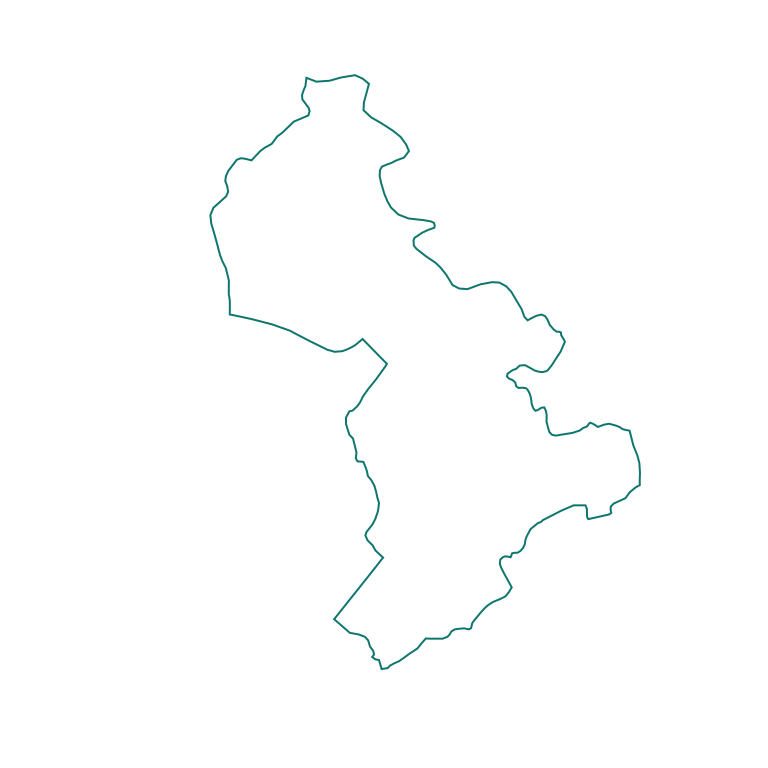 the district of Al-Kadhmiyah, Sala ad-Din, Iraq, rotated 311°
{"feature_id": "34846034B5863384083959", "entity_name": "Al-Kadhmiyah", "entity_type": "district", "adm_level": 2, "iso_a3": "IRQ", "parent_name": "Iraq", "parent_adm1": "Sala ad-Din", "projection": "natural_earth1", "projection_center": [44.187, 33.463], "detail": "fine", "context": "isolated", "style": "outline", "palette": "teal", "viewbox_px": 768, "rotation_deg": 311, "n_neighbors": 0, "source": "geoboundaries", "source_scale": "gbopen_adm2", "svg_char_len": 4438}
<svg xmlns="http://www.w3.org/2000/svg" viewBox="0 0 768 768"><g transform="rotate(311 384 384)"><path d="M576.2,250.0L579.3,243.5L581.4,234.5L581.0,224.4L578.9,209.9L576.8,199.5L577.2,188.9L578.6,187.8L583.4,184.1L591.8,180.0L592.5,179.7L600.7,175.7L600.6,173.7L600.5,167.9L599.3,163.6L598.0,159.5L593.8,156.0L586.9,150.3L582.6,147.5L577.2,144.0L571.6,138.4L567.8,134.6L564.2,124.6L557.4,129.2L553.3,130.5L548.4,132.5L545.2,135.7L543.0,145.9L541.1,148.9L537.0,150.7L522.9,143.8L519.5,143.5L511.5,142.8L507.3,142.4L503.7,141.7L500.7,141.0L497.4,141.3L491.5,141.7L484.2,139.0L478.9,137.8L474.0,137.6L465.9,137.3L462.7,131.1L460.5,127.9L456.7,125.8L453.5,126.0L448.7,126.3L442.6,126.7L437.2,128.3L433.0,131.1L430.4,135.9L426.8,140.3L422.0,141.7L417.5,141.2L410.3,140.3L405.2,139.6L397.5,142.2L392.0,148.1L386.5,156.7L380.8,165.3L373.7,175.7L370.7,181.3L367.8,188.4L363.8,194.2L361.8,197.0L360.3,199.1L356.9,201.9L350.0,207.9L346.0,212.7L341.5,216.7L335.4,221.9L335.3,222.0L339.0,228.5L346.5,242.2L355.6,260.5L356.7,263.2L356.7,263.3L362.6,278.2L363.6,282.9L365.2,289.5L367.3,298.3L370.5,310.5L372.7,318.9L374.2,321.9L375.9,325.6L381.3,330.9L385.2,333.1L390.6,335.5L395.1,336.9L403.9,338.3L401.1,373.0L398.1,373.5L384.8,374.7L381.5,375.0L369.8,375.4L360.5,376.3L356.9,377.4L353.5,378.1L349.3,378.4L345.9,378.0L343.3,377.7L340.5,375.8L333.6,377.4L328.9,381.6L326.0,386.2L323.0,391.1L322.5,396.4L317.2,404.0L315.3,406.6L314.2,408.2L309.5,411.4L308.2,414.7L311.7,419.5L310.7,421.5L308.4,426.0L306.8,428.5L304.0,432.2L303.1,437.6L301.2,442.7L301.0,443.3L297.4,448.9L293.7,453.8L291.0,458.2L286.4,461.4L283.3,463.2L279.6,464.7L276.3,466.0L270.7,467.4L260.7,467.9L257.5,469.3L255.3,473.9L255.0,477.0L254.9,479.4L254.7,481.5L252.8,486.6L252.6,490.0L252.4,497.2L242.3,497.7L233.5,498.1L206.6,499.3L195.9,499.7L173.8,500.7L173.8,521.5L178.5,529.4L180.7,535.6L180.1,540.3L176.6,545.8L175.6,550.7L173.4,553.9L170.2,554.2L170.5,558.1L172.4,561.3L167.3,569.2L171.9,573.1L175.4,573.3L179.7,574.9L184.7,577.2L190.9,578.8L196.6,580.0L200.7,581.2L206.2,582.7L212.8,582.5L219.4,582.5L221.4,585.1L228.2,593.0L230.2,595.3L234.8,597.7L237.6,597.9L240.8,597.3L241.9,597.3L245.4,598.5L249.1,601.8L252.2,604.8L254.4,608.9L256.7,609.9L259.2,608.7L261.3,607.5L265.4,607.1L269.1,607.1L276.2,606.9L281.3,607.1L285.7,607.7L291.1,609.3L298.1,612.8L303.4,615.0L308.7,614.8L314.3,613.8L316.1,609.1L319.4,600.0L322.3,592.8L324.3,589.4L327.9,586.9L331.7,587.5L333.5,588.6L335.0,590.8L336.3,593.2L337.5,592.8L340.3,591.8L342.0,593.0L344.3,595.5L347.6,596.5L351.6,596.5L355.6,595.3L359.2,593.0L362.8,591.6L370.8,589.8L379.9,591.4L382.9,593.0L385.5,593.2L391.7,595.7L404.9,601.0L416.8,606.7L420.5,610.9L424.6,615.6L423.0,618.9L417.0,624.4L416.0,626.8L433.4,639.6L435.7,640.1L437.7,637.6L440.2,635.6L444.5,635.8L452.4,639.4L456.1,641.1L463.7,640.5L470.9,641.7L475.5,643.4L478.6,640.6L482.1,637.7L483.4,636.7L485.1,635.3L492.1,628.3L496.5,621.7L501.2,612.5L509.9,600.0L508.0,596.7L506.4,593.5L506.2,590.5L504.9,586.6L501.7,580.0L497.8,576.8L491.9,573.6L491.7,571.6L491.1,567.9L490.1,565.1L488.5,564.7L485.3,565.1L481.5,563.2L477.2,562.2L470.7,558.3L462.5,551.4L457.8,547.6L455.9,544.1L456.2,540.4L458.9,536.1L462.2,531.4L467.4,527.0L469.8,524.0L471.5,520.4L469.4,518.4L465.7,517.3L463.1,515.9L463.6,512.7L465.8,508.6L468.2,506.0L470.3,503.5L472.6,499.7L473.9,496.0L473.9,493.7L472.1,491.0L469.3,488.2L469.0,485.3L471.3,482.0L471.4,478.5L470.1,474.8L470.3,471.9L472.7,470.5L475.4,471.1L477.4,471.6L479.6,472.3L481.8,473.7L484.4,474.1L486.1,474.2L486.8,474.3L489.0,476.3L490.9,478.4L491.5,481.5L492.3,485.0L493.0,488.9L494.9,492.9L496.7,495.6L500.5,498.3L502.5,498.6L508.0,498.3L518.0,496.9L524.6,496.0L530.7,494.0L534.6,492.8L535.6,490.4L537.1,485.7L539.0,483.6L538.3,481.9L536.8,480.0L536.4,476.6L537.3,470.4L540.1,464.5L540.9,461.0L539.7,457.3L535.4,454.2L529.6,451.8L526.3,450.6L526.8,445.8L530.6,439.1L530.7,438.9L534.1,428.6L537.1,419.6L537.9,412.0L536.2,404.5L531.7,398.7L522.5,391.4L510.4,384.8L505.4,378.1L503.6,370.9L504.7,367.4L507.3,359.3L509.0,350.0L509.3,343.2L507.9,331.8L507.3,319.7L508.0,315.8L511.7,312.1L514.4,311.1L518.7,312.4L523.1,313.5L529.6,316.4L534.9,319.5L536.9,318.3L538.4,316.1L537.5,312.8L533.3,305.8L531.2,302.9L524.9,293.7L521.3,283.5L521.8,273.3L524.1,266.8L527.9,259.2L533.9,249.9L537.9,244.5L542.5,240.8L543.3,240.6L546.5,239.8L550.2,241.5L555.6,244.5L560.4,246.4L568.1,250.6L576.2,250.0Z" fill="none" stroke="#0f766e" stroke-width="2"/></g></svg>